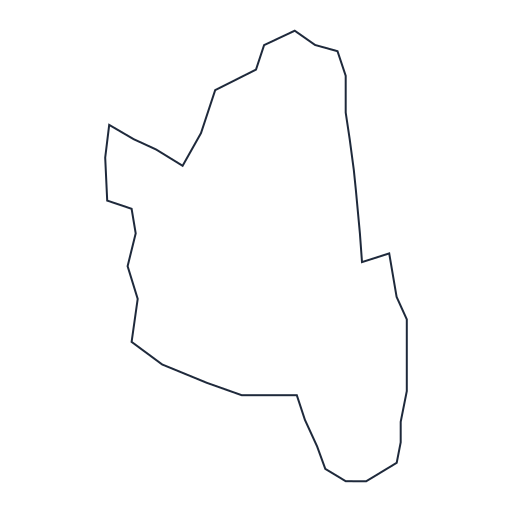 Vyzakia, Nicosia, Cyprus (Albers equal-area conic projection)
{"feature_id": "46923920B13954431934634", "entity_name": "Vyzakia", "entity_type": "district", "adm_level": 2, "iso_a3": "CYP", "parent_name": "Cyprus", "parent_adm1": "Nicosia", "projection": "albers", "projection_center": [33.022, 35.072], "detail": "fine", "context": "isolated", "style": "outline", "palette": "slate", "viewbox_px": 512, "rotation_deg": 0, "n_neighbors": 0, "source": "geoboundaries", "source_scale": "gbopen_adm2", "svg_char_len": 647}
<svg xmlns="http://www.w3.org/2000/svg" viewBox="0 0 512 512"><path d="M294.7,30.7L264.1,45.1L256.0,69.6L215.2,90.1L201.0,133.1L182.6,165.8L156.1,149.5L133.7,139.2L109.2,124.9L105.2,157.6L107.2,200.6L131.6,208.8L135.7,233.4L127.6,266.2L137.7,298.9L131.6,341.9L162.2,364.5L207.0,382.9L241.7,395.2L270.2,395.2L296.8,395.2L304.9,419.8L317.1,446.4L325.3,468.9L345.7,481.2L366.1,481.3L396.7,462.8L400.7,442.3L400.7,421.8L406.8,391.1L406.8,356.3L406.8,319.4L396.6,296.9L389.2,253.4L362.0,262.1L359.9,233.4L355.9,190.4L353.8,169.9L349.7,139.2L345.7,112.6L345.7,75.8L337.5,51.2L315.1,45.0L294.7,30.7Z" fill="none" stroke="#1e293b" stroke-width="2"/></svg>